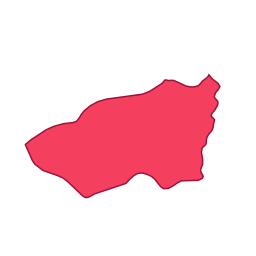 SVG path tracing the border of Tumbes, rotated 23°
{"feature_id": "PER-568", "entity_name": "Tumbes", "entity_type": "Department", "adm_level": 1, "iso_a3": "PER", "parent_name": "Peru", "parent_adm1": "", "projection": "orthographic", "projection_center": [-80.453, -3.803], "detail": "fine", "context": "isolated", "style": "filled", "palette": "rose", "viewbox_px": 256, "rotation_deg": 23, "n_neighbors": 0, "source": "natural_earth", "source_scale": "10m", "svg_char_len": 1369}
<svg xmlns="http://www.w3.org/2000/svg" viewBox="0 0 256 256"><g transform="rotate(23 128 128)"><path d="M216.2,143.4L216.1,145.2L213.0,148.8L197.7,155.8L194.9,159.3L192.0,163.8L188.7,167.9L184.6,169.9L180.9,169.2L172.7,164.7L168.6,163.4L164.6,163.2L160.6,163.5L157.0,164.5L154.1,166.6L151.9,169.8L149.6,174.6L147.9,179.5L147.8,179.8L123.3,201.4L119.4,206.3L117.9,207.7L116.5,208.5L115.5,208.6L113.0,208.3L94.2,201.2L87.7,199.4L82.0,199.3L66.3,200.3L56.7,197.8L53.0,195.6L40.2,183.6L40.1,183.4L39.8,183.8L42.9,177.4L53.5,161.4L59.6,155.0L67.1,149.1L75.1,144.6L78.1,141.8L79.2,137.7L79.8,133.3L81.1,129.1L84.6,122.2L89.9,115.6L96.9,109.8L128.1,91.2L133.7,85.7L142.0,73.5L143.2,69.4L144.8,68.8L146.8,68.5L148.5,67.5L151.6,66.3L165.2,66.7L169.0,65.9L173.0,64.2L176.2,61.6L177.6,58.1L178.1,55.9L180.7,51.5L181.6,49.3L181.7,47.4L183.0,48.1L186.2,49.8L193.6,51.8L196.4,53.9L196.0,57.3L194.8,61.4L195.2,65.5L196.4,66.6L199.7,68.0L200.9,69.4L201.4,71.2L201.4,73.1L201.0,76.9L199.5,82.2L199.5,83.7L200.8,85.1L202.7,85.7L204.4,86.5L204.9,88.4L205.0,90.5L206.1,94.3L206.3,96.5L206.0,98.4L204.7,102.3L204.4,104.0L204.4,106.0L204.6,107.5L205.8,111.2L206.0,113.1L205.3,114.6L204.5,116.0L204.1,117.5L205.0,121.5L209.0,127.8L210.7,131.8L211.0,133.5L211.0,137.2L211.5,138.9L213.2,140.9L215.0,142.0L216.2,143.2L216.2,143.4Z" fill="#f43f5e" stroke="#9f1239" stroke-width="1.5"/></g></svg>